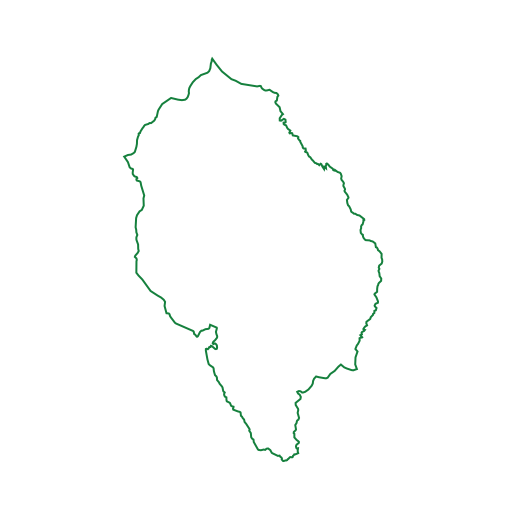 outline of Laleia, Manatuto, East Timor, rotated 332°
{"feature_id": "22284137B53372282779403", "entity_name": "Laleia", "entity_type": "district", "adm_level": 2, "iso_a3": "TLS", "parent_name": "East Timor", "parent_adm1": "Manatuto", "projection": "natural_earth1", "projection_center": [126.125, -8.597], "detail": "fine", "context": "isolated", "style": "outline", "palette": "green", "viewbox_px": 512, "rotation_deg": 332, "n_neighbors": 0, "source": "geoboundaries", "source_scale": "gbopen_adm2", "svg_char_len": 6117}
<svg xmlns="http://www.w3.org/2000/svg" viewBox="0 0 512 512"><g transform="rotate(332 256 256)"><path d="M292.0,403.2L292.7,398.3L296.3,392.2L300.8,388.0L300.1,384.8L300.5,384.4L303.0,382.3L304.8,381.5L307.4,379.7L307.9,379.2L308.8,377.2L310.6,377.2L311.1,377.7L311.6,377.6L311.0,374.9L312.7,374.9L313.1,373.4L313.9,372.9L316.3,372.9L317.4,372.4L316.6,371.6L316.5,370.9L317.9,370.1L319.3,369.5L321.5,369.4L321.8,367.1L322.7,365.9L327.3,365.2L328.6,363.9L331.7,362.9L332.2,362.1L333.7,361.9L334.8,360.0L336.3,360.2L338.0,358.5L337.3,356.2L337.5,355.4L339.1,354.3L341.7,354.5L342.4,353.4L342.9,349.0L342.5,345.6L343.1,345.0L346.1,344.5L347.6,341.8L349.1,339.7L350.2,339.0L350.9,338.1L351.9,337.5L354.8,336.7L356.0,334.7L355.7,331.9L356.9,328.9L357.0,327.4L357.3,326.5L358.9,325.3L358.9,323.9L360.3,322.3L363.4,321.7L364.9,320.2L365.8,318.2L366.0,316.5L367.9,313.1L367.3,309.8L366.5,308.2L366.8,306.6L366.7,305.3L366.0,304.5L367.2,300.9L366.0,298.2L365.2,297.3L364.4,296.7L363.7,295.6L360.3,293.5L359.9,292.7L359.5,290.7L359.6,289.1L360.3,287.4L359.8,286.9L359.4,284.8L360.5,282.1L361.9,280.8L362.7,279.2L363.9,278.3L364.9,278.2L367.2,275.8L367.6,274.8L368.5,275.0L368.8,274.2L366.4,268.8L364.6,267.3L363.5,265.3L362.3,264.6L361.7,263.0L361.2,262.3L360.9,261.5L361.5,259.3L361.6,255.8L361.1,254.5L361.5,252.1L362.6,249.2L365.0,248.0L365.2,247.5L365.3,244.6L364.6,240.9L364.7,240.0L365.8,239.1L366.1,238.3L366.0,235.4L366.4,234.5L367.8,233.0L367.8,231.2L367.3,229.1L367.5,227.7L369.1,225.7L369.5,223.1L369.3,222.0L367.5,220.1L366.1,217.1L365.6,217.6L364.8,216.8L364.5,216.2L364.8,215.4L364.6,214.7L363.1,211.7L362.7,209.2L362.0,207.6L361.3,207.6L360.7,208.7L359.8,209.3L359.0,211.4L358.2,209.4L356.9,211.2L356.6,208.2L356.8,205.6L356.4,204.9L354.5,205.5L354.2,204.2L353.1,203.4L353.0,202.7L351.7,201.4L351.0,198.2L350.6,197.2L350.3,194.3L349.5,193.0L349.5,190.8L349.8,189.3L349.6,188.4L348.4,187.3L348.4,186.8L349.5,186.3L350.2,184.4L348.6,183.5L348.3,183.0L348.3,181.9L348.7,181.1L348.7,176.0L349.1,175.0L348.7,174.5L348.3,172.0L349.2,170.9L348.8,169.9L348.1,169.2L345.1,166.8L345.6,164.6L345.1,164.1L343.4,163.6L343.3,162.8L345.2,161.4L343.9,158.8L343.7,157.4L343.9,154.8L342.7,153.4L342.4,152.4L343.0,151.2L344.6,151.9L345.1,151.7L346.0,149.4L345.0,148.0L341.6,148.3L340.6,147.5L341.6,145.5L345.1,143.6L346.4,143.4L345.6,139.7L346.7,135.7L345.1,130.7L345.3,129.2L345.9,128.6L347.4,128.5L349.7,125.4L351.0,124.9L351.2,123.6L350.6,121.7L349.1,120.7L347.9,119.3L346.0,115.6L343.2,114.9L342.0,114.3L341.2,113.4L340.1,111.2L339.9,110.1L340.0,108.2L339.3,107.6L336.6,106.8L323.8,97.1L320.3,91.7L317.3,88.3L312.6,77.1L311.0,68.7L310.0,61.2L309.1,61.9L308.3,63.3L306.6,64.8L303.8,68.8L301.4,70.8L299.2,71.4L292.3,70.4L289.3,71.2L285.9,71.5L281.8,72.9L278.0,75.0L276.1,76.3L274.9,77.6L273.8,79.3L273.3,80.7L272.1,82.0L270.3,83.6L268.4,84.5L266.7,84.7L263.7,83.6L260.5,81.3L255.2,76.6L244.5,77.8L238.8,81.0L237.5,82.0L233.6,86.6L232.2,86.7L231.1,87.9L229.7,88.7L225.8,89.4L224.3,88.6L223.1,88.9L219.6,88.2L218.3,88.6L217.8,89.0L215.6,90.0L212.5,91.8L211.2,93.0L210.4,92.7L209.7,93.0L209.3,94.2L207.8,95.3L205.4,97.8L203.5,101.1L201.7,103.4L197.9,107.2L196.2,107.7L193.3,107.8L190.4,106.7L186.3,106.4L187.0,113.0L186.1,118.4L186.8,120.2L188.0,121.2L188.0,122.0L186.2,124.6L185.7,125.7L185.9,127.9L186.5,129.1L187.7,130.2L187.9,130.9L187.7,131.6L186.8,131.7L186.2,132.5L186.2,133.4L188.3,135.4L188.7,136.1L188.6,137.1L187.7,139.9L185.7,150.1L183.7,152.3L180.5,158.9L176.8,161.7L174.2,161.9L170.1,164.1L168.0,166.2L163.2,174.1L162.5,176.7L161.5,178.9L161.1,181.7L159.2,183.3L158.3,184.9L158.0,185.8L157.3,190.5L155.3,194.5L154.8,196.5L153.0,197.7L149.6,199.0L148.6,199.9L149.3,202.0L148.9,203.5L148.0,204.5L142.5,214.6L143.1,218.1L144.6,223.4L146.5,237.4L150.6,244.8L152.7,248.1L154.0,251.3L154.2,253.8L151.8,257.2L150.1,264.5L152.0,265.8L152.3,266.8L151.9,268.7L152.0,270.2L153.1,276.9L153.7,278.1L165.2,292.6L165.5,293.4L164.8,295.9L165.4,296.9L165.8,299.4L166.4,299.7L167.1,299.5L170.9,296.8L172.8,296.3L173.7,296.8L177.0,296.9L179.6,297.9L180.4,297.9L181.1,297.6L183.2,295.2L187.7,300.8L187.4,301.6L185.0,304.2L184.3,306.7L184.2,308.1L183.8,309.2L183.1,309.9L180.4,311.1L178.0,311.7L176.8,312.7L177.0,313.8L178.7,313.9L179.2,314.7L179.5,316.5L178.7,318.5L177.9,319.5L176.9,319.4L176.3,318.9L174.6,314.6L174.0,314.1L173.0,315.0L172.0,314.5L170.7,315.4L169.7,315.7L168.9,314.7L168.1,314.6L167.3,316.0L164.6,324.4L163.5,329.2L164.0,330.8L165.8,334.2L165.8,335.3L164.8,337.8L164.3,339.9L163.9,342.0L164.5,343.7L164.4,345.0L163.4,347.2L164.0,350.1L163.9,351.6L164.7,355.3L164.7,356.4L163.7,359.7L163.7,360.4L164.3,361.8L163.0,362.9L162.6,364.1L162.5,365.5L163.5,366.9L162.3,369.3L162.0,370.6L163.8,373.1L164.0,373.7L163.7,376.5L164.3,377.5L165.4,378.5L164.9,379.3L164.0,380.0L163.8,381.0L167.2,384.9L168.5,386.0L168.9,386.9L167.7,390.0L168.2,391.3L168.2,393.0L168.7,394.8L168.0,397.2L168.5,399.5L169.0,405.5L168.9,406.2L168.0,407.1L168.3,409.9L166.7,413.7L166.8,415.4L167.6,416.9L166.7,419.2L166.9,427.7L167.2,428.4L169.1,429.8L171.9,430.5L173.1,431.5L174.8,431.1L176.3,431.6L177.5,434.1L177.5,437.0L177.7,437.6L181.5,442.8L183.1,443.3L183.2,444.7L183.8,445.7L183.9,446.8L183.2,447.7L183.6,449.6L184.1,450.0L186.3,450.4L186.9,450.8L187.8,450.8L188.6,450.3L189.2,450.4L191.4,449.6L192.2,449.8L193.3,450.7L194.0,450.7L194.9,449.8L195.9,449.6L196.7,449.1L197.5,449.6L200.7,449.9L201.2,447.8L202.8,445.5L201.7,445.2L201.5,444.6L201.8,443.1L202.4,442.3L203.3,441.6L205.9,441.2L206.6,440.4L206.5,439.7L205.5,437.5L204.7,434.2L206.4,431.0L206.1,430.1L206.8,429.1L209.1,428.5L209.9,427.9L211.3,423.7L213.4,422.5L214.6,421.0L215.2,420.6L216.6,420.4L218.0,419.2L219.1,414.1L221.0,411.8L221.4,410.7L221.1,406.2L222.0,404.3L228.1,403.1L229.4,401.5L229.5,399.0L228.6,397.2L228.6,395.3L230.2,395.3L231.4,396.0L232.3,397.2L232.6,398.2L233.3,398.6L235.6,399.0L239.6,398.5L244.2,396.7L246.2,395.3L247.8,393.1L249.7,391.6L252.5,390.6L254.8,392.7L259.2,396.1L260.4,396.9L262.1,397.1L266.3,395.0L271.5,394.4L276.8,392.4L280.0,391.7L281.6,395.7L283.3,397.9L286.8,401.6L288.2,402.6L292.0,403.2Z" fill="none" stroke="#15803d" stroke-width="2"/></g></svg>